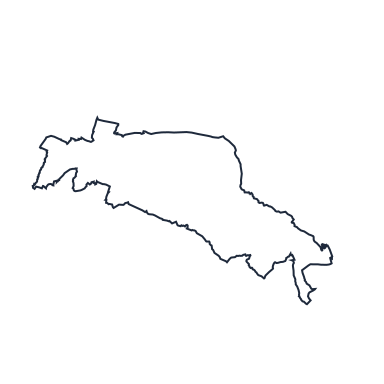 Valeni-Dambovita, Dâmbovita, Romania (Mercator projection), rotated 295°
{"feature_id": "2599482B82900556797073", "entity_name": "Valeni-Dambovita", "entity_type": "district", "adm_level": 2, "iso_a3": "ROU", "parent_name": "Romania", "parent_adm1": "Dâmbovita", "projection": "mercator", "projection_center": [25.163, 45.163], "detail": "fine", "context": "isolated", "style": "outline", "palette": "slate", "viewbox_px": 384, "rotation_deg": 295, "n_neighbors": 0, "source": "geoboundaries", "source_scale": "gbopen_adm2", "svg_char_len": 6010}
<svg xmlns="http://www.w3.org/2000/svg" viewBox="0 0 384 384"><g transform="rotate(295 192 192)"><path d="M211.0,278.6L210.1,277.3L210.0,275.7L210.7,274.7L211.9,271.0L212.0,269.0L211.6,268.2L211.9,265.1L210.1,263.1L210.5,262.4L211.1,262.1L212.1,260.8L211.8,259.6L210.6,257.9L210.7,256.7L212.0,256.1L212.2,255.3L212.9,254.3L213.0,253.7L212.4,250.8L213.0,250.2L213.5,250.1L214.0,248.7L215.3,248.0L216.2,246.4L214.8,245.6L215.1,245.2L215.0,244.7L215.5,244.5L215.8,243.6L214.9,242.5L214.7,241.7L213.9,239.9L215.5,238.6L215.4,235.9L217.2,233.5L218.9,233.0L220.2,233.1L223.5,231.4L229.6,229.4L236.0,225.1L237.7,224.3L240.2,221.3L241.6,220.1L242.4,218.0L244.2,215.4L245.8,214.2L248.2,214.2L249.2,213.4L251.2,211.2L253.8,203.8L254.5,199.1L255.7,196.7L252.3,193.0L251.1,189.6L250.4,187.3L250.3,185.8L249.7,183.0L247.1,172.9L245.7,166.6L244.0,161.7L238.3,150.6L236.1,145.2L233.2,139.3L230.2,134.3L227.3,130.5L226.9,127.2L227.1,124.3L226.6,122.4L225.2,122.6L224.8,123.3L223.4,121.9L223.3,121.4L223.7,120.5L221.4,115.2L215.8,107.4L213.8,106.0L213.0,106.0L213.0,105.2L213.9,104.4L213.3,101.1L212.5,99.4L213.8,99.3L212.2,97.0L212.3,96.6L213.1,96.3L215.7,97.0L218.6,96.3L221.6,96.9L222.5,96.4L221.9,93.0L219.0,81.7L218.1,77.1L218.0,76.3L219.3,74.8L217.1,74.9L211.7,75.9L206.9,76.2L204.9,76.8L205.0,77.4L201.4,77.4L198.9,78.3L198.3,79.7L197.2,80.9L194.9,79.5L194.6,78.9L194.5,77.3L194.1,75.6L194.0,73.0L194.6,68.8L193.1,69.0L192.3,66.8L191.5,67.4L189.5,64.8L190.0,64.7L189.8,63.5L190.1,63.4L190.1,62.0L189.8,59.7L187.5,60.2L186.7,59.8L186.6,59.5L183.8,59.0L182.8,58.5L183.9,56.9L183.7,51.5L184.2,51.2L183.9,49.7L183.9,43.8L183.3,40.5L179.9,36.9L178.1,36.9L169.8,35.3L168.1,35.4L167.9,36.5L168.3,36.6L168.4,43.2L167.0,43.2L166.7,44.0L163.9,44.5L163.4,45.4L159.5,44.6L159.1,45.3L158.2,45.4L157.2,46.1L155.9,45.4L155.3,45.5L154.9,45.9L152.9,46.0L151.6,45.7L151.2,46.0L150.0,45.2L148.5,45.7L148.1,45.3L146.7,45.2L145.0,45.9L144.5,45.5L142.3,46.0L142.2,45.8L141.4,46.3L140.7,45.8L140.0,46.5L139.3,46.2L138.5,46.7L137.8,46.4L136.3,47.1L134.9,47.0L134.2,46.4L133.0,46.5L132.3,46.3L132.4,45.6L130.9,45.9L130.2,45.1L128.6,46.2L128.3,48.0L131.0,48.5L131.6,51.4L131.9,54.4L134.5,54.4L134.6,54.8L133.6,58.1L134.7,57.8L137.7,58.4L138.4,58.8L139.4,60.2L139.7,61.4L139.2,62.7L139.4,63.6L140.4,63.1L143.3,62.5L145.1,64.7L143.9,65.2L144.6,65.4L145.0,65.9L146.0,65.8L146.5,66.5L147.0,66.0L147.4,66.4L148.1,66.4L152.6,68.1L155.3,68.6L160.9,71.9L162.5,74.0L163.4,75.8L164.1,76.4L164.6,77.5L163.5,77.7L161.8,79.2L160.5,78.9L157.8,79.6L157.4,80.1L155.1,79.4L154.3,78.8L152.5,79.0L151.9,79.6L151.2,79.6L150.1,80.8L147.4,82.2L145.1,82.2L144.9,83.1L143.6,84.2L143.3,85.0L143.4,85.9L144.0,86.9L146.2,90.1L147.2,91.1L149.9,93.2L151.3,93.4L152.7,94.0L154.1,93.2L156.2,93.8L155.6,96.2L156.8,96.9L158.4,96.8L159.8,98.5L158.7,98.7L158.6,99.4L159.1,100.5L158.0,101.1L158.8,101.8L161.5,101.2L161.2,101.9L161.4,107.8L161.9,108.8L162.4,111.0L162.3,115.2L156.7,115.9L156.8,116.7L155.2,116.2L151.5,116.4L149.1,117.1L148.4,116.9L148.7,117.7L145.9,118.7L146.2,119.9L145.7,121.6L146.3,122.3L146.9,124.9L144.9,126.6L144.4,127.7L149.7,131.2L151.3,135.2L151.7,135.5L153.8,136.2L154.8,137.6L155.7,138.4L154.3,139.7L154.4,154.7L154.0,158.0L155.5,158.8L154.5,159.7L153.7,161.1L153.7,162.4L155.0,166.0L155.1,168.3L154.7,174.1L155.0,176.1L154.8,177.1L154.4,177.3L155.5,181.4L155.7,183.6L156.2,183.9L155.1,187.2L158.3,190.1L155.9,192.8L155.7,193.5L156.2,196.1L156.9,196.2L157.4,196.6L157.2,197.6L158.0,198.5L157.8,200.2L159.2,200.5L160.1,201.3L159.8,202.2L158.1,203.0L156.7,202.8L157.0,207.9L157.7,208.3L157.8,209.4L158.2,210.3L158.2,211.7L156.7,213.8L156.2,220.0L154.5,223.6L153.3,225.6L153.3,226.2L154.4,228.5L153.9,229.2L152.4,230.0L151.8,231.4L151.8,232.4L148.7,234.4L148.4,235.7L146.3,238.1L145.5,243.0L144.9,244.4L143.4,246.0L143.6,252.1L143.1,253.4L147.0,254.3L148.8,255.0L149.4,255.6L151.1,258.5L153.1,259.5L153.5,260.8L154.4,262.0L154.6,262.9L155.5,264.5L156.7,265.0L158.0,266.7L157.0,267.7L157.0,268.1L158.3,269.2L158.6,270.2L159.5,271.4L159.1,271.8L158.2,271.5L155.7,271.9L153.8,270.3L152.4,270.4L151.9,271.0L150.7,274.1L149.5,274.4L149.0,275.5L148.4,275.8L147.9,277.2L148.7,278.3L148.6,278.7L147.6,279.7L147.7,281.0L147.4,282.1L146.5,283.3L146.3,284.5L145.7,285.2L144.7,287.2L145.0,290.6L144.1,293.8L144.5,294.1L147.3,293.9L152.1,295.7L156.4,297.7L157.1,297.7L158.0,296.9L159.8,296.5L161.8,296.4L163.2,296.7L163.5,297.2L163.3,298.5L164.0,299.7L165.9,301.8L167.1,303.9L168.9,305.7L170.9,305.7L172.0,305.3L172.9,306.0L173.7,306.2L174.4,307.1L177.8,307.4L176.5,308.4L176.5,308.8L177.3,309.4L176.9,310.1L173.9,313.5L172.3,311.3L172.4,312.4L171.9,313.3L170.8,314.3L169.3,314.2L167.8,314.6L163.6,317.3L159.4,319.4L156.6,322.5L154.7,323.3L153.5,324.4L152.1,325.1L150.8,327.3L148.2,330.0L145.7,331.9L144.1,332.4L143.3,333.0L142.6,333.0L142.5,333.8L141.6,334.8L140.9,336.2L140.5,336.4L139.6,338.4L139.9,339.7L138.9,342.7L138.9,343.6L143.9,345.3L145.0,343.0L146.5,341.2L149.3,340.6L150.7,340.9L154.0,343.5L155.7,344.5L156.2,344.6L154.7,342.0L154.9,340.8L157.0,337.9L157.4,334.7L158.7,333.3L159.4,331.6L160.3,331.4L161.3,330.2L162.0,329.8L165.4,326.4L167.6,324.8L174.7,328.6L176.5,329.8L179.7,336.8L180.6,339.6L182.8,344.6L184.1,346.7L185.2,347.9L186.3,348.7L190.6,345.1L190.9,345.3L190.7,347.0L191.7,346.6L192.0,346.0L192.9,346.3L198.1,341.1L200.8,337.6L200.7,337.3L200.8,337.1L200.3,336.1L200.7,335.8L200.3,335.5L199.6,335.7L199.4,336.3L199.2,336.1L198.7,336.4L197.5,336.2L196.9,335.8L197.0,335.1L197.4,334.8L198.8,334.2L200.1,334.2L200.0,333.2L199.5,332.7L199.9,332.7L199.9,332.3L199.3,331.9L197.8,333.2L194.3,334.7L194.0,334.5L194.4,333.9L194.2,334.0L194.2,333.6L196.2,332.0L196.6,331.2L198.6,326.2L198.6,325.3L199.1,323.7L200.1,322.5L202.7,321.2L203.2,320.5L203.1,317.7L202.9,316.1L203.7,310.4L203.2,307.0L203.9,303.3L204.5,302.2L204.4,299.3L205.7,298.8L206.9,297.2L206.4,295.8L206.5,295.3L207.2,295.1L207.8,295.4L210.1,295.8L210.9,294.0L211.9,293.1L212.3,292.0L212.4,288.1L213.6,285.1L210.7,281.0L211.0,278.6Z" fill="none" stroke="#1e293b" stroke-width="2"/></g></svg>